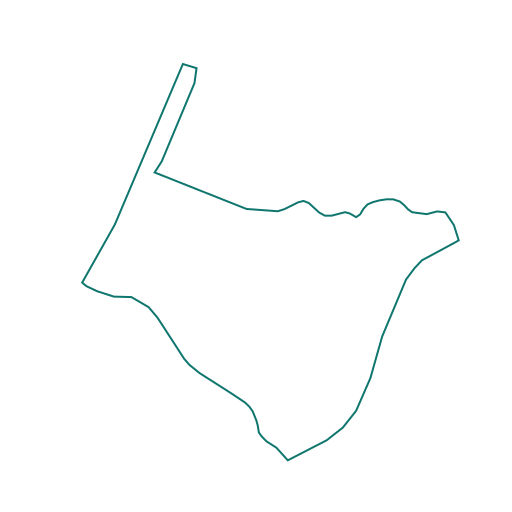 SVG path tracing the border of Mono, rotated 126°
{"feature_id": "BEN-2180", "entity_name": "Mono", "entity_type": "Department", "adm_level": 1, "iso_a3": "BEN", "parent_name": "Benin", "parent_adm1": "", "projection": "albers", "projection_center": [1.785, 6.48], "detail": "fine", "context": "isolated", "style": "outline", "palette": "teal", "viewbox_px": 512, "rotation_deg": 126, "n_neighbors": 0, "source": "natural_earth", "source_scale": "10m", "svg_char_len": 966}
<svg xmlns="http://www.w3.org/2000/svg" viewBox="0 0 512 512"><g transform="rotate(126 256 256)"><path d="M154.7,196.8L148.7,196.1L143.7,193.1L138.3,188.7L133.3,183.6L129.5,178.3L127.4,171.7L127.8,165.8L128.9,160.4L128.8,155.4L121.8,142.5L113.5,135.7L109.4,128.4L114.7,114.0L124.2,101.2L126.9,102.4L161.9,119.2L172.7,120.6L186.8,120.8L247.0,106.6L287.5,91.7L322.4,84.0L343.8,84.9L363.5,90.5L402.6,110.2L399.1,126.8L399.8,138.6L398.6,145.5L397.1,149.9L391.9,155.2L388.6,159.4L383.7,167.3L381.8,172.8L381.0,178.8L381.7,196.3L383.9,232.7L383.2,246.0L381.4,253.7L377.8,263.0L363.8,299.4L360.5,312.8L362.5,332.7L372.4,347.1L377.9,363.9L380.1,375.5L379.7,381.0L313.5,388.7L143.7,428.0L139.0,414.5L152.3,407.4L234.7,387.9L248.0,387.1L235.9,339.7L223.5,291.3L207.0,264.7L201.5,260.6L187.7,253.4L183.5,249.9L182.1,244.3L183.7,230.5L182.9,224.0L178.9,218.5L168.2,209.7L166.5,205.2L165.7,197.8L161.0,196.2L154.7,196.8Z" fill="none" stroke="#0f766e" stroke-width="2"/></g></svg>